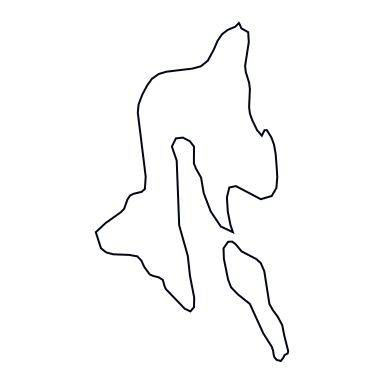 the border of Southern Leyte
{"feature_id": "PHL-2585", "entity_name": "Southern Leyte", "entity_type": "Province", "adm_level": 1, "iso_a3": "PHL", "parent_name": "Philippines", "parent_adm1": "", "projection": "equal_earth", "projection_center": [125.092, 10.27], "detail": "fine", "context": "isolated", "style": "outline", "palette": "ink", "viewbox_px": 384, "rotation_deg": 0, "n_neighbors": 0, "source": "natural_earth", "source_scale": "10m", "svg_char_len": 1532}
<svg xmlns="http://www.w3.org/2000/svg" viewBox="0 0 384 384"><path d="M238.9,23.0L239.6,24.2L241.3,28.3L248.2,32.2L248.8,42.0L245.1,66.0L245.8,72.1L249.1,82.7L249.9,89.1L249.1,107.0L249.9,113.6L252.4,120.5L257.1,130.2L261.8,135.7L264.5,130.2L266.9,130.2L271.4,137.5L274.0,144.6L275.6,153.5L276.6,166.2L277.3,177.2L276.4,187.9L271.7,196.0L260.8,199.2L235.9,186.1L229.3,187.5L226.9,197.5L227.8,211.6L230.4,224.8L232.9,232.2L220.8,226.5L210.7,211.4L203.7,193.1L201.1,177.7L195.7,168.1L195.1,166.2L193.9,163.7L194.0,146.6L189.8,141.2L182.9,137.6L175.9,138.4L171.9,146.6L176.7,160.6L179.2,225.4L187.8,255.9L190.0,276.1L194.2,297.6L194.0,307.2L190.4,311.4L184.6,308.6L165.7,288.9L164.6,286.3L162.8,279.9L158.5,277.2L153.6,276.1L149.8,274.5L144.3,267.0L141.4,260.7L137.4,256.4L129.2,254.9L113.3,254.3L106.2,252.4L101.0,248.3L95.8,232.2L105.8,222.9L121.0,212.1L124.2,208.7L127.4,199.6L130.1,195.5L133.5,193.8L141.5,191.9L144.9,189.0L145.7,176.6L137.8,112.7L138.6,104.4L142.4,94.4L147.3,85.2L151.9,78.8L158.7,74.0L166.4,71.7L192.4,68.6L200.9,66.3L207.8,60.7L213.7,49.8L217.6,40.8L222.0,34.3L227.7,29.9L235.3,26.7L238.9,23.0ZM284.2,335.2L288.2,351.1L287.7,353.4L284.7,355.0L282.9,358.4L280.7,361.0L276.7,359.9L274.4,357.3L273.6,354.3L273.1,350.8L271.8,346.8L263.3,333.4L249.9,304.0L237.8,294.3L231.0,287.2L228.1,279.6L223.9,258.9L223.5,248.4L228.1,241.8L232.2,241.6L235.6,244.2L241.6,251.4L256.2,259.0L260.8,263.1L264.3,271.3L269.4,304.0L272.8,310.0L277.8,316.9L282.2,325.1L284.2,335.2Z" fill="none" stroke="#020617" stroke-width="2"/></svg>